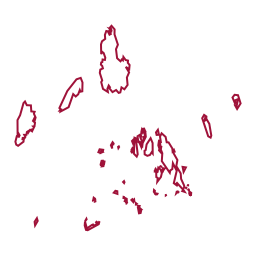 the district of Banggai Laut, Sulawesi Tengah, Indonesia
{"feature_id": "22746128B78411617556279", "entity_name": "Banggai Laut", "entity_type": "district", "adm_level": 2, "iso_a3": "IDN", "parent_name": "Indonesia", "parent_adm1": "Sulawesi Tengah", "projection": "equal_earth", "projection_center": [123.625, -1.86], "detail": "fine", "context": "isolated", "style": "outline", "palette": "rose", "viewbox_px": 256, "rotation_deg": 0, "n_neighbors": 0, "source": "geoboundaries", "source_scale": "gbopen_adm2", "svg_char_len": 6000}
<svg xmlns="http://www.w3.org/2000/svg" viewBox="0 0 256 256"><path d="M111.5,25.8L109.5,28.1L109.8,29.7L110.5,29.8L109.7,28.9L110.3,29.1L110.0,27.9L110.5,27.7L111.3,29.4L111.2,31.5L109.7,31.3L110.8,34.0L109.5,34.7L107.8,31.3L106.3,31.0L104.9,34.9L105.2,38.9L102.0,41.3L101.0,44.4L101.2,54.1L102.3,51.9L103.7,53.1L105.3,57.7L104.9,59.9L102.6,59.5L102.3,62.1L101.2,62.5L100.9,64.6L102.2,65.9L102.9,68.4L100.3,69.6L99.8,72.9L102.2,80.4L101.2,82.1L103.0,88.9L107.9,92.0L107.4,88.8L108.7,85.5L109.9,87.2L109.1,87.9L112.5,92.1L116.1,90.0L118.7,92.9L120.3,92.4L121.5,87.4L124.4,89.3L127.6,84.9L126.9,77.5L129.1,72.4L125.8,66.9L129.2,69.2L129.6,65.0L127.8,62.8L128.0,60.6L125.6,60.0L123.4,56.9L122.9,60.3L121.9,59.4L120.5,61.3L117.1,58.2L116.0,49.2L117.9,44.7L114.5,34.3L114.6,29.4L111.5,25.8ZM26.8,105.2L25.0,101.5L23.5,103.1L20.1,115.2L17.5,120.1L17.6,134.3L18.3,135.1L18.6,133.6L19.6,135.4L18.9,136.8L16.8,136.2L15.4,141.7L16.2,144.6L18.1,145.8L23.5,141.7L23.8,138.6L23.2,138.3L23.1,139.3L22.5,139.2L22.7,138.0L24.1,137.8L24.0,139.0L25.4,136.9L24.3,134.9L26.4,134.9L26.9,132.0L28.1,131.2L28.4,132.4L29.9,130.0L31.4,130.9L31.3,128.8L32.3,130.8L34.0,127.2L33.2,126.4L34.5,126.2L35.0,122.7L33.0,120.9L34.2,118.5L34.7,120.6L35.6,117.5L33.9,113.7L34.6,111.8L31.3,111.4L30.9,105.4L26.8,105.2ZM165.6,136.9L161.6,133.3L160.0,136.7L160.8,141.7L159.9,141.4L160.4,145.8L159.0,150.3L160.4,151.9L160.7,146.5L161.3,146.7L160.8,149.5L162.3,153.2L161.8,161.1L169.8,172.8L170.3,170.4L172.3,169.1L172.9,163.2L175.8,169.0L177.4,160.0L173.6,153.3L173.5,151.8L174.6,151.6L173.9,149.8L172.6,151.3L172.3,148.4L168.6,142.4L166.7,142.3L165.6,136.9ZM80.7,77.9L76.5,79.3L67.3,91.0L59.4,108.0L60.7,109.1L59.9,110.3L61.0,110.0L60.6,111.5L68.6,107.2L73.2,94.1L75.7,96.5L78.2,94.3L79.8,90.0L80.5,91.7L82.3,91.3L82.5,82.5L80.7,77.9ZM177.4,167.9L173.8,183.2L176.9,185.5L177.3,185.1L176.9,183.8L176.7,185.0L175.8,184.0L177.0,182.9L182.6,189.1L184.2,187.6L184.1,185.5L181.1,178.9L180.7,173.4L177.4,167.9ZM152.7,153.5L152.6,143.0L150.6,138.2L146.6,144.4L145.7,150.0L144.5,150.9L144.7,154.4L147.3,155.8L149.9,155.0L151.7,152.2L152.7,153.5ZM206.4,116.5L204.1,114.9L202.2,118.2L208.2,136.3L210.6,137.6L211.3,135.6L209.3,123.8L206.7,119.4L204.6,120.8L205.4,116.8L206.3,118.0L206.4,116.5ZM240.6,103.4L238.0,95.2L234.6,94.8L232.5,97.5L235.0,103.5L235.8,102.1L234.7,100.5L238.1,99.1L236.4,107.1L234.4,104.2L237.1,109.0L240.6,103.4ZM158.3,167.6L157.6,171.9L156.2,172.8L156.3,177.1L157.7,177.9L157.3,181.8L160.9,177.0L161.8,173.2L160.7,169.7L158.3,167.6ZM137.7,154.3L135.8,138.2L134.5,137.7L133.9,153.7L136.7,156.6L137.7,154.3ZM99.5,221.3L97.9,223.5L94.4,225.4L91.9,225.0L86.9,228.4L85.0,221.5L84.7,225.5L86.0,229.9L87.7,230.2L98.7,224.2L99.5,221.3ZM140.6,134.3L137.5,136.3L138.2,140.9L140.0,142.5L139.1,142.5L139.9,143.0L140.8,141.3L139.8,143.6L141.2,146.8L141.4,145.0L142.3,146.1L142.7,142.6L140.4,137.7L139.9,135.3L141.7,137.5L140.6,134.3ZM144.1,128.6L142.0,129.0L141.3,132.2L141.5,133.2L141.8,133.3L142.2,129.6L143.1,131.0L143.3,129.4L143.7,132.5L145.1,132.2L144.5,133.7L145.0,136.3L143.5,137.0L143.7,141.0L145.8,136.8L145.3,131.5L144.1,128.6ZM103.2,149.8L99.6,149.3L98.4,152.2L100.5,153.0L101.2,151.0L102.9,151.5L103.2,149.8ZM35.1,225.4L37.7,220.9L36.9,218.2L34.6,221.8L35.1,225.4ZM139.6,209.6L137.7,206.5L139.0,213.3L140.6,213.0L141.2,210.4L140.3,209.5L141.2,209.3L139.8,208.0L139.6,209.6ZM185.9,167.4L182.6,166.9L183.6,171.9L185.9,167.4ZM157.9,129.8L156.0,132.4L156.6,134.9L159.0,134.8L157.9,129.8ZM115.4,190.8L113.8,192.7L117.4,193.9L117.3,191.2L115.4,190.8ZM159.1,139.8L158.3,145.3L159.2,148.1L160.2,144.8L159.1,139.8ZM112.6,142.2L110.9,145.2L112.2,148.5L111.9,144.2L112.9,143.8L113.1,145.2L113.6,143.5L112.6,142.2ZM102.9,160.7L101.6,160.8L100.6,164.5L101.0,166.0L101.3,164.4L101.9,165.6L101.5,162.5L103.2,162.5L102.9,160.7ZM189.3,192.3L189.2,193.5L189.8,195.0L191.0,195.0L191.2,192.8L190.3,192.2L190.0,193.8L189.3,192.3ZM132.3,199.2L131.4,200.0L133.4,202.2L133.8,201.4L132.3,199.2ZM164.7,168.5L162.8,168.2L162.7,169.1L163.5,170.1L164.7,168.5ZM93.7,197.7L93.3,199.6L94.8,198.8L95.4,200.3L95.1,198.8L93.7,197.7ZM154.0,190.0L153.8,191.8L154.6,192.9L154.9,190.8L154.0,190.0ZM178.5,191.2L176.7,191.7L176.3,193.3L178.5,191.2ZM132.6,142.5L133.0,140.0L132.0,141.0L132.6,142.5ZM124.0,181.1L123.1,182.0L124.1,183.1L124.5,182.2L124.0,181.1ZM157.5,193.7L154.7,193.1L155.1,194.0L155.9,194.5L157.2,194.3L157.5,193.7ZM134.1,199.4L133.1,200.3L134.3,200.9L134.1,199.4ZM85.0,221.3L86.6,219.4L86.4,218.8L85.0,221.3ZM162.1,166.9L160.5,166.2L160.2,166.6L162.1,166.9ZM155.1,170.5L154.8,171.6L155.7,171.8L156.2,170.0L155.7,171.6L155.1,170.5ZM132.1,150.5L131.3,151.5L132.2,153.2L132.1,150.5ZM184.7,191.9L183.6,190.2L182.6,190.7L182.3,191.1L184.7,191.9ZM125.4,198.6L124.7,198.3L125.8,200.6L125.4,198.6ZM104.5,161.5L103.5,161.3L104.3,162.6L104.5,161.5ZM135.9,204.2L136.7,203.7L135.9,203.1L135.9,204.2ZM118.4,148.1L119.1,147.0L118.8,146.4L118.1,146.9L118.4,148.1ZM139.6,206.0L138.2,205.8L139.3,206.8L139.6,206.0ZM102.9,165.4L102.3,166.3L103.0,166.2L102.9,165.4ZM124.8,197.3L123.6,196.9L123.4,199.0L123.8,197.1L124.8,197.3ZM189.0,185.2L188.0,185.1L187.4,186.1L188.1,185.3L189.0,185.2ZM126.9,202.7L125.7,202.1L126.6,203.2L126.9,202.7ZM162.0,172.7L162.7,171.8L162.2,171.3L162.0,172.7ZM156.2,169.8L155.7,168.9L155.2,169.9L156.2,169.8ZM188.8,189.5L187.7,189.1L189.2,190.8L188.8,189.5ZM96.2,222.6L97.2,221.1L95.5,222.9L96.2,222.6ZM126.7,198.8L125.9,198.4L126.8,201.0L126.7,198.8ZM132.7,148.4L133.1,146.9L132.2,148.6L132.7,148.4ZM125.1,200.5L124.7,201.1L125.5,201.6L125.1,200.5ZM103.7,164.2L102.9,164.2L103.6,164.9L103.7,164.2ZM166.7,194.8L165.8,195.0L165.8,195.4L166.7,194.8ZM178.3,192.4L178.9,191.3L177.9,192.4L178.3,192.4ZM186.1,188.1L186.7,186.9L185.9,187.9L186.1,188.1ZM102.6,152.1L102.2,151.8L101.8,152.4L102.6,152.1ZM93.4,201.2L93.1,200.2L92.9,199.9L93.0,200.8L93.4,201.2ZM93.2,224.6L93.8,224.1L93.0,224.5L93.2,224.6ZM95.4,201.4L95.4,200.4L95.1,201.5L95.4,201.4ZM126.8,202.2L127.0,202.0L126.9,201.3L126.8,202.2Z" fill="none" stroke="#9f1239" stroke-width="2"/></svg>